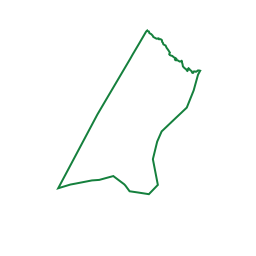 Buram, Southern Darfur, Sudan, rotated 232°
{"feature_id": "16777658B28433170293690", "entity_name": "Buram", "entity_type": "district", "adm_level": 2, "iso_a3": "SDN", "parent_name": "Sudan", "parent_adm1": "Southern Darfur", "projection": "orthographic", "projection_center": [25.179, 10.759], "detail": "fine", "context": "isolated", "style": "outline", "palette": "green", "viewbox_px": 256, "rotation_deg": 232, "n_neighbors": 0, "source": "geoboundaries", "source_scale": "gbopen_adm2", "svg_char_len": 1437}
<svg xmlns="http://www.w3.org/2000/svg" viewBox="0 0 256 256"><g transform="rotate(232 128 128)"><path d="M128.7,220.1L129.6,219.4L130.3,218.5L130.3,216.7L130.5,216.1L131.4,215.6L132.0,214.6L131.4,213.6L131.4,213.2L131.8,212.7L132.9,212.8L133.6,213.1L135.8,212.6L136.9,212.7L137.8,212.5L137.7,211.8L136.7,210.8L136.4,210.0L137.1,209.7L137.9,210.1L138.9,209.8L140.4,209.4L141.5,209.3L142.7,209.2L145.0,210.4L146.4,210.9L147.3,211.6L147.9,211.6L148.0,211.0L148.2,210.2L148.6,209.6L151.2,208.6L151.7,207.6L152.3,207.1L153.2,207.3L153.2,208.6L154.1,208.4L154.9,207.9L155.8,207.6L156.8,207.4L157.5,207.3L158.4,206.6L159.7,205.9L160.7,205.9L161.3,206.7L161.6,207.4L164.6,207.7L167.5,207.8L168.7,208.1L169.8,208.4L170.9,207.9L172.1,207.4L172.8,207.6L173.8,208.0L174.7,207.9L175.2,208.1L175.9,208.6L176.7,208.8L177.6,208.5L178.2,208.1L178.5,207.5L179.0,207.0L179.7,207.3L180.1,207.0L180.3,206.1L180.9,205.4L184.2,204.0L185.6,204.3L187.6,204.1L189.1,203.5L189.9,203.3L190.9,203.8L191.5,203.8L192.3,203.0L192.6,202.7L193.0,202.9L193.0,202.6L192.7,201.3L187.7,188.8L183.1,177.0L181.1,172.2L163.1,126.4L157.5,112.2L152.5,101.0L131.8,54.6L129.8,50.1L123.5,35.9L118.9,47.8L116.3,52.8L108.9,67.3L104.8,73.4L99.2,86.8L86.2,90.3L85.5,90.4L84.1,90.5L77.2,90.3L75.6,91.8L71.1,96.1L63.0,103.7L64.8,116.5L88.1,128.4L99.3,142.6L104.6,152.4L106.2,168.8L107.9,186.9L117.2,202.9L126.9,216.0L128.7,220.1Z" fill="none" stroke="#15803d" stroke-width="2"/></g></svg>